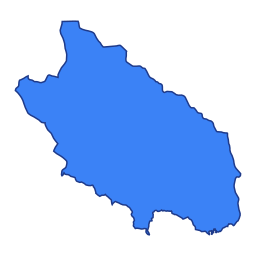 Bac Me, Hà Giang, Vietnam (Equal Earth projection)
{"feature_id": "81297802B85329428934549", "entity_name": "Bac Me", "entity_type": "district", "adm_level": 2, "iso_a3": "VNM", "parent_name": "Vietnam", "parent_adm1": "Hà Giang", "projection": "equal_earth", "projection_center": [105.318, 22.763], "detail": "fine", "context": "isolated", "style": "filled", "palette": "blue", "viewbox_px": 256, "rotation_deg": 0, "n_neighbors": 0, "source": "geoboundaries", "source_scale": "gbopen_adm2", "svg_char_len": 5853}
<svg xmlns="http://www.w3.org/2000/svg" viewBox="0 0 256 256"><path d="M126.6,51.3L122.4,47.2L120.6,45.6L119.9,45.3L118.1,45.5L116.7,45.9L114.5,46.1L104.2,47.0L103.1,46.9L101.5,45.0L100.3,42.9L98.5,41.1L96.5,38.1L94.3,33.7L93.3,32.7L91.8,31.9L88.4,30.9L85.5,30.3L82.3,29.3L79.9,28.1L79.6,27.6L79.3,26.7L78.6,22.6L78.1,21.3L73.9,21.2L62.2,21.5L62.0,23.9L60.2,30.2L60.4,31.8L60.8,33.7L63.0,38.2L63.9,40.9L64.6,43.4L65.2,48.5L66.3,52.2L66.7,54.3L66.7,55.7L66.4,61.0L64.5,64.0L61.5,67.7L59.7,71.1L58.1,74.6L58.0,77.4L54.5,76.4L52.1,76.0L49.5,75.0L48.9,75.0L48.3,75.3L47.8,75.7L47.3,76.6L45.2,80.9L44.1,81.7L42.8,82.1L41.3,82.6L40.0,82.6L38.7,82.1L36.9,81.7L34.3,81.6L33.1,80.7L32.0,80.1L29.7,79.7L28.4,78.7L28.1,77.7L28.1,75.9L26.3,76.7L23.7,78.4L20.6,79.9L19.6,80.2L19.4,80.6L19.0,82.0L18.7,85.6L18.3,86.5L16.2,88.3L15.7,89.1L15.4,90.6L16.4,91.4L18.1,93.1L20.0,95.5L21.6,97.9L22.9,100.5L24.0,103.8L25.4,107.7L27.9,113.0L28.6,113.7L30.7,115.2L34.0,116.9L39.0,120.0L40.2,121.2L41.7,122.4L43.9,122.8L45.1,122.8L45.1,124.0L45.6,125.6L46.8,128.1L47.8,129.9L51.3,133.4L53.6,138.2L55.3,140.6L57.8,143.7L55.4,147.2L54.1,149.9L53.7,151.2L56.5,153.5L60.9,156.1L63.0,157.6L65.4,159.7L66.4,160.8L66.7,161.2L66.9,162.2L66.9,163.4L66.4,165.8L66.0,167.0L65.6,167.7L62.7,169.8L62.2,170.4L61.9,171.1L61.5,174.5L61.7,175.4L62.0,175.8L62.9,175.1L64.0,172.8L64.7,173.9L65.1,174.2L66.4,174.5L67.9,174.6L68.6,174.8L69.6,175.4L70.9,176.4L71.9,176.6L74.0,177.2L75.0,177.6L75.2,177.9L75.6,179.5L75.9,180.0L76.4,180.9L76.9,181.3L79.5,182.3L80.4,182.3L81.3,182.0L82.5,182.5L84.5,183.6L85.8,184.8L86.3,185.0L88.4,185.5L90.0,185.6L90.7,185.6L91.9,185.2L92.7,185.2L93.1,185.7L93.3,186.2L93.4,186.8L94.0,187.3L94.4,188.0L94.9,189.1L95.9,192.7L95.8,193.2L97.8,195.0L99.8,196.3L101.9,195.2L104.1,195.2L105.4,194.4L106.2,195.5L107.7,196.6L109.8,198.6L111.0,199.6L111.3,200.0L111.4,200.6L111.5,201.4L111.9,203.9L112.2,204.6L112.8,203.6L113.6,202.8L114.9,201.7L115.6,201.5L116.5,202.0L118.8,202.9L120.8,204.0L122.9,204.8L125.7,205.0L126.6,205.4L128.0,206.7L128.9,207.1L129.8,207.9L130.6,209.1L131.3,210.3L131.9,210.9L132.2,211.5L132.3,212.1L132.3,212.4L131.3,214.2L131.4,214.8L132.3,216.5L133.2,217.1L133.7,217.8L134.0,218.8L134.4,220.4L133.5,221.8L133.4,222.2L133.7,224.1L133.4,225.1L133.4,225.7L133.5,226.2L134.4,227.2L134.9,228.0L135.3,228.5L135.6,228.5L136.5,228.2L137.1,228.2L139.8,228.6L141.2,229.0L143.1,228.9L144.0,228.5L146.1,228.7L146.3,229.2L146.0,231.2L146.0,232.0L146.2,232.5L146.8,233.4L147.6,234.2L148.2,234.6L149.3,234.8L149.4,234.6L149.3,234.2L148.6,232.4L147.6,231.1L147.6,230.2L148.7,226.7L148.8,226.1L148.8,224.4L149.4,222.3L149.6,221.5L149.8,221.2L150.1,221.0L151.8,220.9L152.0,220.8L152.0,220.4L151.6,219.3L151.5,218.5L151.7,218.3L152.7,217.9L153.0,217.6L153.2,214.2L152.8,213.6L152.7,213.0L152.8,212.6L153.2,212.1L153.8,211.9L154.1,211.6L154.4,211.0L154.9,210.6L155.5,210.4L156.5,210.4L157.5,211.3L158.1,211.4L159.1,211.3L160.6,210.7L161.7,210.0L162.2,210.6L162.7,210.9L163.1,210.9L163.9,210.4L165.3,210.9L166.3,211.1L167.1,211.0L167.3,210.8L168.2,211.1L169.2,211.0L169.6,211.2L170.2,211.3L171.3,211.0L171.6,211.4L171.8,211.7L171.9,213.0L172.1,213.4L173.0,213.8L173.8,214.0L174.3,214.5L175.3,214.5L176.3,214.7L181.8,217.9L183.0,219.1L184.4,218.6L187.6,217.1L188.0,217.1L189.1,218.6L190.0,219.3L191.0,219.7L191.5,220.2L192.1,221.2L192.5,222.1L193.3,224.7L194.9,226.3L195.2,226.9L195.4,227.5L195.5,229.5L199.5,230.4L200.5,230.8L201.5,231.6L204.3,231.4L204.9,231.2L205.3,231.3L205.8,231.6L207.5,233.4L208.1,233.6L208.9,234.4L209.3,234.6L209.5,234.3L209.5,234.0L209.0,232.5L208.9,231.8L209.0,231.5L209.6,231.1L210.5,231.1L211.7,230.7L211.9,230.9L212.0,231.2L211.7,231.8L211.5,232.8L211.6,234.2L211.9,234.3L212.1,234.1L212.5,233.0L213.4,232.7L213.6,232.6L213.6,232.2L213.2,231.7L213.2,231.1L213.6,230.1L213.8,229.3L214.0,229.0L215.2,229.0L215.3,229.2L214.9,230.3L215.0,230.7L215.3,230.9L215.7,230.9L216.2,230.6L216.4,230.8L216.3,231.4L215.8,232.4L216.1,232.6L217.1,231.8L218.5,232.0L218.8,231.9L219.7,231.2L220.5,231.4L221.5,230.3L222.5,228.5L223.3,227.9L223.8,227.6L224.3,227.6L225.6,226.7L226.8,226.3L227.7,226.5L227.9,225.4L228.2,224.9L228.6,224.5L228.7,224.0L229.0,223.8L229.6,224.1L230.8,223.8L232.2,224.3L233.2,225.4L233.6,225.6L234.2,225.2L236.9,221.5L237.8,221.0L238.1,220.7L239.3,218.1L239.7,216.6L240.1,215.4L240.1,214.4L240.1,213.4L238.9,209.4L237.9,203.5L238.2,201.5L238.7,199.9L238.7,198.9L238.5,197.9L235.4,192.5L234.2,187.4L234.1,186.6L234.1,185.0L234.3,183.8L235.4,178.7L235.8,178.0L236.4,177.2L236.9,176.9L237.5,176.9L238.5,177.1L239.0,177.0L239.4,176.8L240.4,175.7L240.6,174.0L240.6,173.6L239.9,172.8L236.2,168.6L235.2,167.1L234.6,165.7L234.0,163.1L233.6,160.3L233.2,158.9L232.1,155.7L230.6,152.8L229.9,150.0L229.9,148.1L229.5,145.4L228.7,143.5L228.3,139.7L227.5,136.2L227.5,133.5L227.4,133.2L227.0,133.0L224.8,132.9L224.0,132.7L223.4,132.7L221.4,132.0L219.6,131.9L217.1,131.7L216.6,131.3L216.2,130.8L213.9,126.4L213.3,123.7L212.9,122.8L212.2,121.9L211.0,121.0L208.7,120.4L206.5,119.1L204.1,118.7L203.5,118.5L202.6,117.3L202.3,116.3L202.1,114.6L201.9,114.1L201.5,113.6L201.1,113.4L198.6,113.0L197.8,112.6L197.2,112.0L196.1,110.3L194.9,108.8L194.2,108.0L193.5,107.8L191.6,107.8L190.8,107.5L190.3,107.0L189.1,105.4L185.2,97.2L184.1,96.1L183.2,95.6L181.6,95.1L178.4,95.2L176.4,94.7L175.9,94.5L174.8,93.6L172.0,91.8L171.3,91.7L169.5,91.6L167.0,91.4L164.7,92.4L164.2,92.4L163.7,92.2L162.6,91.0L162.4,89.5L162.4,87.3L162.3,85.9L162.0,84.9L161.4,84.3L160.8,83.9L158.9,83.4L157.8,82.2L157.0,81.8L155.9,81.7L155.6,81.5L155.1,80.6L153.4,79.1L150.5,77.7L149.9,77.2L149.3,76.5L148.4,74.9L146.7,71.3L145.6,69.5L145.2,68.8L144.8,68.4L143.0,68.1L142.6,68.0L140.6,66.3L139.6,66.0L138.8,66.0L136.7,66.2L133.4,66.2L132.5,66.0L126.9,62.2L126.4,61.6L126.0,60.8L125.9,59.8L125.9,58.3L126.3,55.9L126.3,52.0L126.6,51.3Z" fill="#3b82f6" stroke="#1e3a8a" stroke-width="1.5"/></svg>